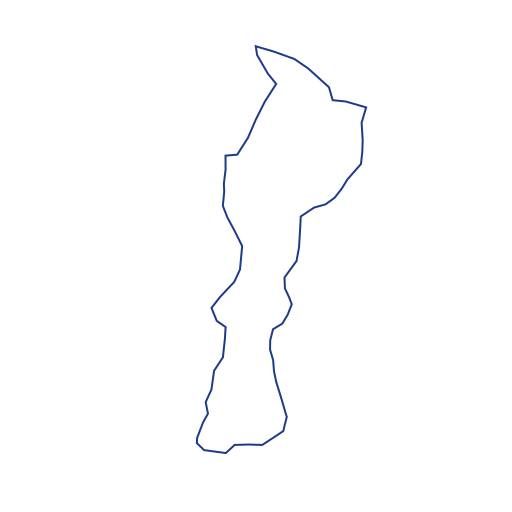 outline of Voni, Cyprus, rotated 38°
{"feature_id": "46923920B56038902330980", "entity_name": "Voni", "entity_type": "district", "adm_level": 2, "iso_a3": "CYP", "parent_name": "Cyprus", "parent_adm1": "", "projection": "albers", "projection_center": [33.505, 35.215], "detail": "fine", "context": "isolated", "style": "outline", "palette": "blue", "viewbox_px": 512, "rotation_deg": 38, "n_neighbors": 0, "source": "geoboundaries", "source_scale": "gbopen_adm2", "svg_char_len": 1078}
<svg xmlns="http://www.w3.org/2000/svg" viewBox="0 0 512 512"><g transform="rotate(38 256 256)"><path d="M170.2,195.7L178.8,206.6L186.3,219.0L191.3,224.8L199.0,236.9L209.8,243.3L224.4,249.7L239.0,256.7L251.7,276.5L254.8,289.8L252.9,310.3L252.9,324.3L265.0,331.3L275.8,330.7L282.8,340.9L292.3,356.2L293.6,372.2L303.1,388.7L306.3,402.1L315.2,409.8L316.8,420.0L321.7,435.9L324.7,439.9L334.6,440.9L353.5,429.9L355.5,418.0L366.4,409.0L377.3,401.0L385.3,377.1L382.3,370.7L381.7,369.2L379.3,363.8L376.6,362.0L366.0,354.3L357.7,348.5L349.5,342.8L341.2,335.8L333.6,327.5L324.7,321.1L319.0,313.5L314.5,303.2L318.4,293.0L317.1,282.8L313.9,272.0L307.6,268.2L298.7,263.7L291.7,255.4L291.0,235.0L284.7,222.9L273.3,206.3L266.9,197.3L272.0,182.0L279.0,172.5L282.1,161.6L282.1,150.1L280.9,139.3L281.5,128.5L282.1,118.9L275.8,108.7L268.8,99.1L257.2,86.0L251.3,71.1L231.4,79.1L220.5,86.0L209.6,78.1L181.8,76.1L165.0,77.1L144.1,84.0L126.7,90.9L133.2,97.0L153.1,105.0L166.0,108.0L167.9,128.9L171.9,148.8L176.9,167.8L178.8,187.7L170.2,195.7Z" fill="none" stroke="#1e3a8a" stroke-width="2"/></g></svg>